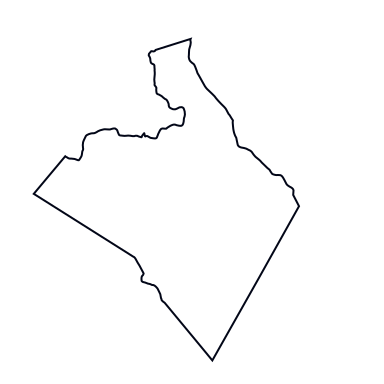 the district of Villa de San Francisco, Francisco Morazán, Honduras, rotated 219°
{"feature_id": "27666195B57613210290297", "entity_name": "Villa de San Francisco", "entity_type": "district", "adm_level": 2, "iso_a3": "HND", "parent_name": "Honduras", "parent_adm1": "Francisco Morazán", "projection": "robinson", "projection_center": [-86.929, 14.191], "detail": "fine", "context": "isolated", "style": "outline", "palette": "ink", "viewbox_px": 384, "rotation_deg": 219, "n_neighbors": 0, "source": "geoboundaries", "source_scale": "gbopen_adm2", "svg_char_len": 6073}
<svg xmlns="http://www.w3.org/2000/svg" viewBox="0 0 384 384"><g transform="rotate(219 192 192)"><path d="M313.8,91.0L196.8,104.8L196.5,104.9L195.7,105.0L194.7,104.8L193.7,104.5L192.5,104.0L189.8,102.9L187.5,102.1L186.6,101.8L178.4,98.3L178.3,98.2L178.2,97.9L178.0,97.4L177.9,97.0L177.8,96.3L177.9,95.6L177.9,95.2L177.8,94.8L177.6,94.2L177.3,93.7L176.9,93.1L176.5,92.6L176.0,92.0L175.6,91.6L175.4,91.4L175.1,91.2L174.8,91.1L174.5,91.1L174.2,91.1L173.8,91.1L173.5,91.2L171.3,92.2L168.5,93.1L168.0,93.4L167.0,93.9L166.5,94.1L166.0,94.3L165.1,94.4L164.7,94.6L164.4,94.7L163.6,95.3L163.0,95.5L162.2,95.7L161.3,95.7L160.5,95.7L159.2,95.5L158.1,95.3L157.4,95.0L154.8,93.8L152.3,92.6L149.4,90.1L148.4,89.6L147.7,89.0L147.3,88.8L146.4,88.7L145.0,88.6L144.3,88.7L143.5,88.7L85.9,77.1L70.2,73.9L85.8,166.6L99.9,248.3L111.5,253.4L114.1,257.1L114.5,257.4L115.1,257.7L115.7,257.9L116.6,258.0L118.0,257.9L118.5,257.8L119.4,257.6L120.3,257.5L121.6,257.4L122.4,257.4L122.8,257.5L123.5,257.6L124.2,257.9L127.6,259.4L130.1,260.4L131.1,260.7L132.1,260.9L132.5,260.9L133.0,260.9L133.5,260.8L133.9,260.7L134.5,260.3L135.2,259.8L135.9,259.3L136.8,258.5L137.6,257.9L138.6,257.4L139.5,257.0L140.4,256.7L140.9,256.6L141.3,256.6L142.0,256.8L144.0,257.4L145.2,257.9L145.9,258.1L146.4,258.1L147.6,258.1L148.6,258.1L156.3,258.8L156.9,258.9L158.0,259.1L158.5,259.2L160.2,259.3L163.3,259.3L164.6,259.3L165.5,259.4L166.5,259.6L167.6,259.8L170.3,260.6L171.1,260.8L171.9,260.8L172.7,260.8L173.2,260.7L174.8,260.3L176.4,260.0L177.2,259.8L178.4,259.3L179.5,258.8L181.5,257.7L182.4,257.3L183.1,257.1L183.7,257.0L184.3,256.9L184.8,257.0L185.4,257.1L186.1,257.4L186.6,257.8L190.3,260.8L191.6,261.9L192.2,262.2L193.2,262.6L193.9,262.9L195.3,263.7L196.7,264.6L198.1,265.7L199.5,266.9L201.7,269.1L204.0,271.5L204.6,272.3L205.1,273.2L205.3,273.4L205.6,273.5L207.8,274.2L211.1,275.4L211.7,275.5L212.4,275.6L212.8,275.7L217.5,277.7L218.4,278.0L219.4,278.2L220.6,278.4L224.6,278.8L227.7,279.2L229.1,279.4L231.9,279.9L232.8,280.1L233.9,280.4L234.8,280.6L236.6,280.8L238.6,281.0L245.0,281.5L246.2,281.7L247.4,282.0L248.5,282.3L249.5,282.7L252.8,284.0L256.5,285.5L259.5,286.7L261.3,287.4L262.0,287.6L262.8,288.0L265.0,289.4L268.1,291.2L269.3,291.8L270.4,292.3L270.8,292.4L271.3,292.5L273.3,292.4L274.9,292.5L275.6,292.6L276.2,292.7L277.1,293.1L277.8,293.5L278.2,293.8L278.7,294.2L279.5,294.9L279.8,295.3L280.7,296.6L282.2,298.6L283.2,300.0L283.9,301.0L285.7,305.2L286.5,306.5L286.9,307.2L287.3,307.6L288.0,308.3L288.8,308.9L288.9,309.1L289.2,309.5L289.4,310.1L309.7,279.5L309.6,278.9L309.6,278.5L309.7,278.3L309.8,277.8L310.2,277.2L310.4,277.0L311.9,276.1L312.1,275.9L312.3,275.7L312.4,272.8L312.4,272.4L312.3,272.2L312.1,271.8L311.9,271.4L311.6,271.0L311.4,270.8L311.1,270.7L310.5,270.6L310.1,270.4L309.6,270.1L309.0,269.8L308.2,269.2L307.4,268.3L306.7,267.7L306.0,267.1L305.3,266.7L305.0,266.6L304.7,266.5L303.7,266.6L303.1,266.7L302.4,267.0L302.0,267.0L301.6,267.0L301.3,266.9L301.0,266.7L300.8,266.6L299.3,264.9L298.3,263.9L297.4,262.7L296.5,261.8L295.8,261.0L295.0,260.0L293.6,257.9L292.1,255.7L290.7,254.2L289.5,253.1L289.1,252.5L288.9,252.2L288.7,251.9L288.4,251.6L288.1,251.4L287.6,251.3L286.6,251.1L285.7,250.8L285.5,250.7L285.1,250.4L284.7,249.7L284.4,249.3L283.3,248.0L282.3,247.1L281.9,246.7L281.5,246.5L281.0,246.4L280.5,246.4L279.8,246.6L279.0,246.9L278.5,247.0L277.2,247.2L276.1,247.4L275.3,247.4L274.1,247.3L272.7,247.3L271.7,247.3L270.4,247.6L269.7,247.6L269.0,247.4L267.9,247.0L267.1,246.6L266.0,246.0L265.3,245.5L264.7,244.8L264.3,244.4L263.8,244.1L263.4,243.8L263.0,243.7L262.5,243.6L262.1,243.6L261.4,243.7L260.1,244.0L259.1,244.3L258.7,244.5L257.7,245.2L257.0,245.8L256.6,246.5L256.3,247.0L255.7,248.3L255.1,249.7L254.9,250.0L254.6,250.3L253.6,251.3L253.1,251.6L252.6,251.7L252.2,251.8L251.8,251.8L251.4,251.8L251.1,251.7L250.4,251.3L249.9,251.0L248.3,249.9L246.8,248.3L246.5,248.1L245.9,247.1L245.5,246.4L245.2,245.8L244.8,244.6L244.3,243.7L242.8,241.5L242.3,240.5L241.9,239.6L241.7,239.0L241.6,238.4L241.6,237.9L241.7,237.4L241.9,236.9L242.3,236.4L242.7,236.1L243.7,235.4L245.1,234.7L246.1,234.2L247.4,233.8L247.8,233.5L248.3,233.2L248.6,232.9L249.1,232.3L249.6,231.5L250.4,230.0L250.7,229.2L251.5,226.9L251.7,226.2L251.8,225.4L251.8,225.2L252.1,224.8L253.0,224.1L254.2,223.3L254.7,223.0L255.2,222.4L255.5,221.9L255.7,221.4L255.7,220.8L255.7,220.0L255.5,218.9L255.2,217.6L254.7,215.5L254.4,214.8L253.9,213.1L253.7,212.6L253.6,212.1L253.6,211.7L253.7,211.3L253.9,211.0L254.1,210.7L255.1,209.9L256.2,209.2L257.4,208.5L258.1,208.1L258.7,207.9L261.8,207.4L262.0,207.3L262.5,206.9L263.0,206.5L263.1,206.3L263.2,205.9L263.3,205.8L263.6,205.8L264.0,206.0L265.3,207.0L265.8,207.4L265.9,207.5L266.1,207.5L266.1,207.3L266.2,206.7L266.2,205.2L266.0,203.7L265.9,203.4L265.7,203.0L265.7,202.9L265.8,202.7L266.2,202.5L267.2,202.1L268.4,201.6L269.6,201.3L269.9,201.2L270.2,201.0L270.9,200.5L271.4,200.0L271.7,199.6L272.1,199.0L272.4,198.8L273.4,198.0L275.5,196.8L276.5,196.1L277.1,195.7L278.1,194.7L279.8,193.1L281.8,191.8L283.2,190.9L283.8,190.6L284.2,190.5L284.5,190.5L285.0,190.6L285.3,190.8L285.8,191.1L286.7,191.5L288.8,192.8L289.1,192.9L289.3,193.0L290.2,193.1L291.1,193.0L291.5,193.0L291.8,192.9L292.3,192.5L292.8,192.1L293.3,191.6L294.5,189.9L295.1,189.0L295.4,188.7L297.6,187.1L298.7,186.3L299.7,185.5L300.2,184.9L301.6,183.0L302.3,182.0L302.6,181.4L303.4,179.8L303.8,178.5L304.1,177.9L304.3,177.3L304.7,176.7L305.0,176.2L305.5,175.7L306.3,175.0L307.0,174.3L307.3,174.0L308.3,172.5L308.7,171.9L309.0,171.2L309.4,170.4L309.6,169.8L309.7,169.2L309.7,168.6L309.6,168.2L308.7,164.4L308.3,163.1L308.0,162.3L307.7,161.7L307.2,161.0L306.6,160.0L306.2,159.5L305.5,158.8L304.5,157.7L303.7,157.0L303.5,156.7L303.1,155.8L302.9,154.8L302.7,154.4L302.5,154.0L301.8,152.9L301.1,151.7L300.7,150.9L300.5,150.4L300.3,149.5L300.1,148.1L300.0,147.2L299.9,146.1L300.0,145.8L300.0,145.5L300.2,145.3L300.4,145.1L301.1,144.8L302.6,144.3L304.0,143.8L306.8,142.0L308.1,141.0L308.6,140.7L309.0,140.6L309.6,140.4L310.8,140.3L312.0,140.0L312.5,140.0L313.0,140.0L313.8,91.0Z" fill="none" stroke="#020617" stroke-width="2"/></g></svg>